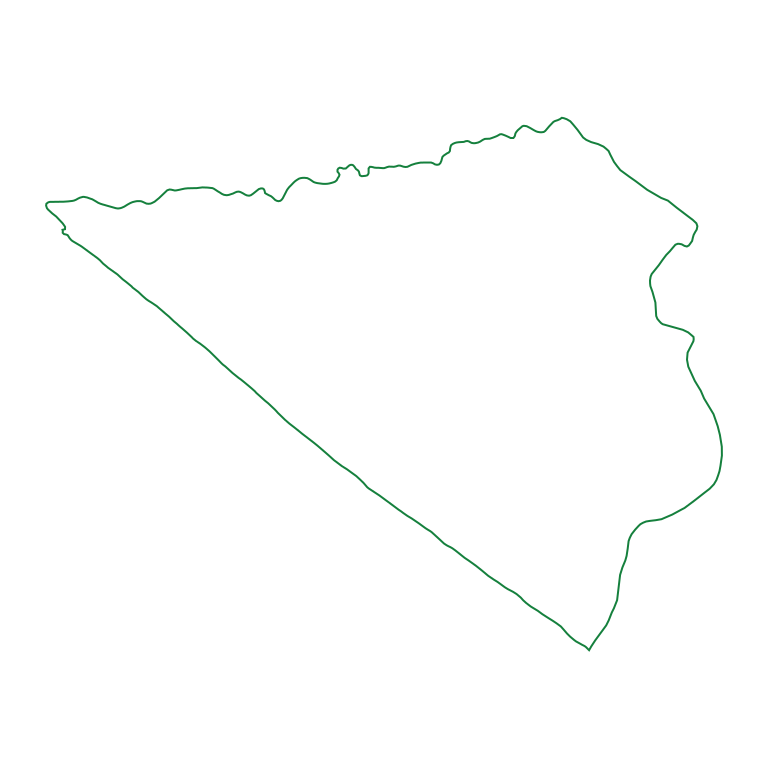 Champerico, Retalhuleu, Guatemala (Albers equal-area conic projection)
{"feature_id": "79465075B86216931252561", "entity_name": "Champerico", "entity_type": "district", "adm_level": 2, "iso_a3": "GTM", "parent_name": "Guatemala", "parent_adm1": "Retalhuleu", "projection": "albers", "projection_center": [-91.913, 14.334], "detail": "fine", "context": "isolated", "style": "outline", "palette": "green", "viewbox_px": 768, "rotation_deg": 0, "n_neighbors": 0, "source": "geoboundaries", "source_scale": "gbopen_adm2", "svg_char_len": 6084}
<svg xmlns="http://www.w3.org/2000/svg" viewBox="0 0 768 768"><path d="M589.1,650.2L591.2,646.5L595.2,640.4L606.2,625.4L608.7,620.4L611.8,612.5L613.9,608.3L617.1,600.2L620.1,574.9L622.4,567.5L625.3,560.5L626.6,555.9L627.7,548.6L628.6,541.1L629.8,537.8L631.6,534.2L635.2,529.6L638.6,525.9L640.4,524.2L643.1,522.7L646.1,521.5L649.8,520.9L655.7,520.2L661.5,519.2L668.7,516.1L672.2,514.6L681.8,509.4L684.5,508.0L694.4,500.6L704.9,492.4L709.7,488.7L713.9,484.3L716.5,479.9L718.2,475.2L719.5,471.1L720.5,465.7L721.9,455.6L721.8,446.7L719.9,434.9L717.7,426.2L715.7,420.4L713.5,414.1L704.1,398.5L700.8,390.8L694.8,380.9L688.3,366.7L687.0,359.7L687.6,352.6L693.4,341.2L693.7,339.2L693.5,336.9L688.2,332.4L682.8,329.8L662.7,324.2L661.1,323.1L659.5,321.4L657.4,318.9L656.2,316.0L655.4,302.5L652.5,292.0L650.4,286.1L650.1,283.5L650.0,280.5L650.6,276.7L651.7,274.0L658.8,265.2L662.6,259.8L666.2,255.0L669.9,251.2L672.3,248.3L675.4,244.7L677.7,243.8L679.0,243.8L681.7,244.3L684.5,245.9L686.9,246.5L688.8,245.5L689.8,244.2L692.1,241.0L692.9,237.5L693.7,234.8L695.2,232.0L696.7,229.6L697.4,226.2L696.4,223.3L692.9,220.0L676.7,207.7L667.9,200.6L661.1,197.9L647.2,189.8L635.7,181.2L629.3,176.7L620.3,170.1L617.1,166.1L614.0,161.9L610.3,154.7L608.6,151.0L606.3,148.9L603.5,146.6L598.1,144.1L591.2,142.1L586.3,139.9L583.1,137.5L580.2,133.5L577.5,129.8L573.2,124.6L570.3,121.3L566.7,119.2L563.9,118.2L561.8,117.8L560.0,119.1L557.6,120.2L556.3,120.6L554.8,121.1L553.4,121.9L549.2,126.3L545.3,130.9L543.7,132.0L541.3,132.3L539.6,132.2L537.4,131.8L535.8,131.2L533.6,130.0L530.2,128.0L526.7,126.2L523.8,125.8L522.4,126.2L517.8,130.2L516.3,132.0L515.4,133.5L515.1,134.9L514.7,136.3L513.4,138.0L510.6,138.0L508.6,137.0L505.5,135.6L502.9,134.6L501.6,134.2L500.0,134.3L498.1,135.4L496.8,136.1L494.6,137.0L491.6,138.1L489.7,138.7L486.8,138.8L484.9,138.9L483.3,139.6L482.1,140.3L480.3,141.5L478.2,142.5L476.5,142.9L474.9,143.2L473.4,143.2L471.6,142.9L470.2,142.2L468.9,141.4L467.3,141.0L465.7,141.2L463.8,141.9L458.9,142.2L456.6,142.5L454.8,143.0L452.8,143.9L451.1,145.2L450.5,146.9L450.1,148.9L449.9,151.0L448.8,152.5L447.1,153.3L443.7,155.6L442.4,157.0L441.7,159.6L441.4,160.8L440.3,163.2L438.9,164.5L437.0,164.8L435.0,164.4L433.2,163.3L431.0,162.5L427.9,162.5L420.7,162.6L418.9,162.9L415.5,163.6L411.4,164.9L409.1,166.0L407.4,166.8L405.5,167.0L403.5,166.7L401.7,166.1L400.1,165.6L398.3,165.6L395.9,166.4L393.9,166.8L391.7,166.7L389.0,166.6L387.1,167.1L385.5,167.7L384.2,168.1L382.3,168.1L378.5,167.8L376.3,167.8L374.4,167.6L373.0,167.2L371.5,166.9L369.9,166.8L368.6,168.4L368.6,170.1L368.6,173.1L368.1,174.3L367.3,175.3L365.7,175.8L362.8,176.1L361.4,176.1L359.9,175.3L359.4,173.7L359.0,171.9L358.2,170.6L355.9,168.9L354.6,166.9L353.2,165.3L351.9,164.8L350.4,164.9L349.2,165.5L347.8,166.7L345.8,168.5L343.3,168.6L341.7,168.0L339.7,167.7L338.3,168.5L337.5,169.8L337.5,171.7L338.5,172.8L339.5,174.7L339.0,176.3L337.8,178.1L336.7,180.3L335.0,181.7L333.5,182.3L331.5,182.9L329.1,183.5L327.1,183.8L324.6,183.9L322.6,183.8L317.3,183.1L315.2,182.6L313.6,182.0L310.3,179.7L308.5,178.7L307.2,178.1L304.2,177.8L302.2,177.9L300.4,178.2L298.9,178.7L296.5,180.2L295.0,181.3L293.5,182.7L291.3,185.0L289.1,187.2L287.7,189.0L286.9,190.2L286.0,192.0L282.7,198.4L281.4,200.0L280.3,200.8L278.5,201.2L276.8,200.8L275.2,200.0L274.2,199.0L272.5,197.4L271.0,196.2L269.0,195.3L266.2,193.8L265.1,193.1L264.6,190.9L264.0,189.4L262.8,188.5L261.0,188.4L258.8,189.1L253.2,193.6L250.9,195.2L249.1,195.7L246.9,195.4L245.1,194.6L243.1,193.4L241.2,192.4L240.0,191.9L238.7,191.6L236.8,191.8L235.1,192.5L233.1,193.5L230.6,194.3L229.2,194.8L227.7,195.1L226.4,195.2L223.9,194.8L221.9,193.9L219.8,192.5L217.9,191.4L215.8,190.0L213.8,188.7L212.4,188.1L210.4,187.9L207.8,187.6L202.4,187.4L196.8,188.1L191.7,188.2L187.6,188.3L184.7,188.6L181.4,189.3L179.3,189.8L176.2,190.4L174.8,190.5L171.3,189.7L169.6,189.5L167.2,190.3L159.0,198.1L154.6,201.7L151.8,203.1L150.5,203.6L148.6,203.8L146.5,203.6L142.4,201.7L140.9,201.2L138.8,201.1L137.2,201.1L135.5,201.4L134.2,201.7L132.6,202.1L130.4,203.0L127.5,204.6L124.3,206.6L121.6,207.8L120.2,208.2L118.0,208.5L115.9,208.2L106.0,205.4L104.7,205.0L102.8,204.5L100.6,203.8L98.2,202.8L95.6,201.2L92.3,199.3L90.2,198.6L87.2,197.5L84.1,196.9L82.8,196.9L79.9,197.7L78.0,198.6L76.1,199.7L74.2,200.5L72.5,200.9L68.1,201.4L63.8,201.7L49.8,201.9L48.3,202.3L46.4,203.7L46.1,205.6L46.9,208.1L48.0,209.5L52.2,213.4L56.2,216.5L62.7,223.4L64.4,225.8L65.1,226.9L65.0,229.2L62.5,229.8L62.8,231.0L62.7,232.8L64.0,234.1L66.0,234.5L67.6,235.1L68.7,236.7L69.6,238.2L71.0,239.8L72.0,240.7L73.4,241.6L75.6,242.9L80.5,245.8L82.0,246.8L90.4,253.0L97.4,258.1L99.9,260.2L103.1,263.6L106.4,266.3L108.1,267.8L117.4,274.4L122.7,279.3L126.1,281.9L128.2,283.6L131.7,286.5L132.5,287.5L138.4,292.0L142.3,295.7L144.1,297.3L146.3,299.2L148.6,300.8L151.4,302.5L156.9,306.2L158.7,307.8L165.3,313.5L169.0,316.6L173.9,321.3L176.9,323.8L178.6,325.4L180.3,326.9L182.0,328.3L186.9,332.6L191.8,337.2L193.0,338.5L196.1,341.0L200.3,343.8L205.0,347.4L209.6,351.4L218.8,360.5L221.5,363.3L222.9,364.6L225.4,366.5L232.4,372.9L238.6,377.9L240.9,379.5L244.0,382.0L251.3,388.1L254.8,391.2L256.3,392.9L265.0,400.7L268.1,403.2L271.5,406.4L274.9,409.6L276.5,411.3L277.8,412.8L285.0,419.8L289.5,423.7L293.8,427.0L299.2,431.3L302.1,433.7L313.8,442.7L317.4,445.6L328.5,455.2L334.0,460.2L342.0,466.2L347.0,469.3L351.5,472.6L356.2,476.0L359.9,479.4L363.7,483.1L367.2,487.2L368.8,488.5L379.3,495.4L393.8,506.1L398.6,509.7L401.0,511.3L403.1,512.9L407.4,515.9L411.6,518.4L418.8,523.3L425.5,528.2L427.7,529.6L430.2,531.1L431.6,532.1L439.7,539.5L442.9,542.5L444.1,543.6L446.7,545.3L448.2,546.1L450.5,547.2L452.4,548.3L455.3,550.4L461.2,555.1L464.7,557.9L468.6,560.5L476.1,565.9L482.0,570.6L488.2,575.8L493.8,579.6L497.5,581.9L504.9,587.3L507.8,589.1L513.0,591.8L516.5,594.0L520.8,597.6L523.2,600.3L526.3,603.1L530.6,606.4L532.2,607.4L537.8,610.8L542.4,614.2L548.0,617.8L552.8,620.8L556.4,623.2L560.9,626.5L563.3,629.2L567.0,633.5L570.1,636.6L573.9,639.8L576.0,641.4L580.0,643.6L582.1,644.8L584.5,646.0L585.9,647.0L589.1,650.2Z" fill="none" stroke="#15803d" stroke-width="2"/></svg>